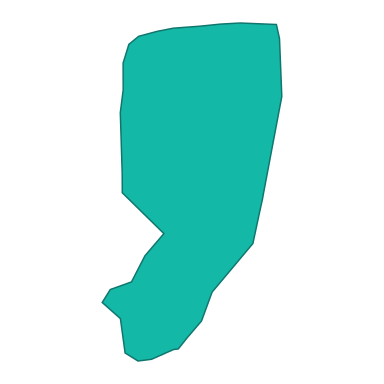 outline of Suez, Egypt
{"feature_id": "37247803B22529416419300", "entity_name": "Suez", "entity_type": "district", "adm_level": 2, "iso_a3": "EGY", "parent_name": "Egypt", "parent_adm1": "", "projection": "albers", "projection_center": [32.567, 29.96], "detail": "fine", "context": "isolated", "style": "filled", "palette": "teal", "viewbox_px": 384, "rotation_deg": 0, "n_neighbors": 0, "source": "geoboundaries", "source_scale": "gbopen_adm2", "svg_char_len": 575}
<svg xmlns="http://www.w3.org/2000/svg" viewBox="0 0 384 384"><path d="M122.3,192.8L163.9,233.6L145.0,255.7L131.5,281.9L110.3,289.5L102.2,302.5L120.4,318.6L125.1,353.0L138.0,361.0L142.9,360.4L151.4,359.3L151.5,359.3L173.6,349.5L177.8,349.0L178.3,348.9L187.4,337.5L201.5,321.0L212.1,292.1L252.9,243.5L259.2,214.0L262.5,199.0L263.4,193.9L281.8,96.5L279.5,38.6L278.3,33.1L276.4,24.5L240.2,23.0L220.5,24.1L199.8,26.2L173.2,28.2L157.4,31.3L138.7,36.3L128.9,44.3L123.1,63.1L123.2,89.8L120.3,112.6L122.2,173.4L122.3,192.8Z" fill="#14b8a6" stroke="#0f766e" stroke-width="1.5"/></svg>